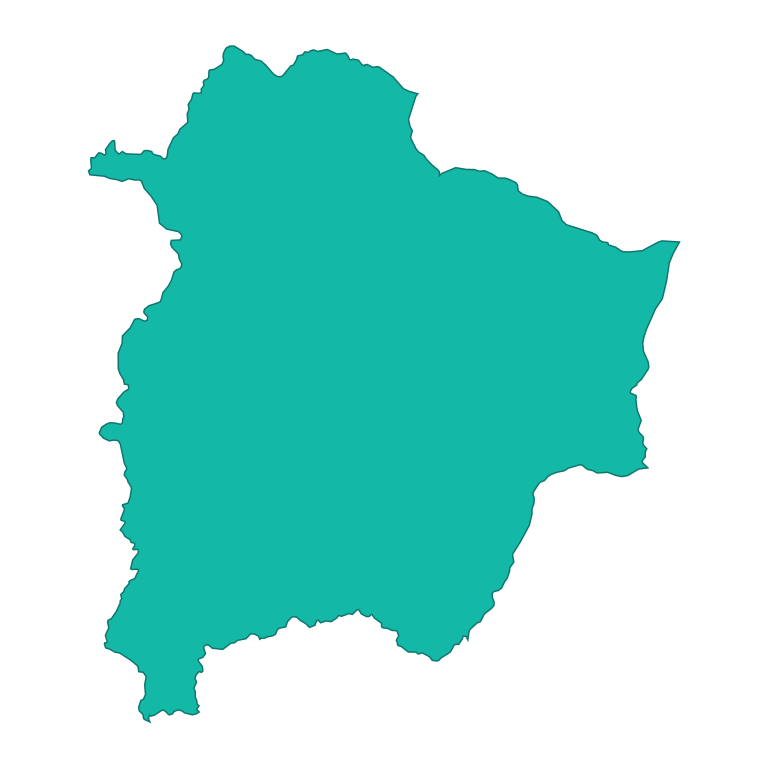 the district of Santa Helena Del Opón, Santander, Colombia
{"feature_id": "7082276B2871746800234", "entity_name": "Santa Helena Del Opón", "entity_type": "district", "adm_level": 2, "iso_a3": "COL", "parent_name": "Colombia", "parent_adm1": "Santander", "projection": "mercator", "projection_center": [-73.601, 6.405], "detail": "fine", "context": "isolated", "style": "filled", "palette": "teal", "viewbox_px": 768, "rotation_deg": 0, "n_neighbors": 0, "source": "geoboundaries", "source_scale": "gbopen_adm2", "svg_char_len": 6058}
<svg xmlns="http://www.w3.org/2000/svg" viewBox="0 0 768 768"><path d="M679.5,242.0L662.0,240.9L658.5,242.0L642.2,250.7L628.8,252.0L623.6,251.8L621.2,251.0L615.6,247.2L608.5,244.9L608.0,243.0L607.1,242.5L602.4,241.9L599.5,240.1L597.5,236.2L596.0,234.8L592.3,232.9L566.5,224.8L562.1,220.8L558.6,211.9L547.7,201.6L536.6,197.2L527.9,196.1L522.4,194.1L518.2,190.8L517.5,184.9L515.9,182.7L509.2,179.4L505.5,178.2L498.0,178.0L492.0,174.0L484.8,170.8L479.1,171.2L474.6,169.6L466.0,169.4L455.7,167.7L441.9,173.4L439.5,175.6L439.4,171.9L438.0,170.0L432.2,165.2L426.0,158.7L424.1,155.5L418.6,152.0L415.9,148.6L410.9,138.5L410.7,136.6L412.3,130.8L410.0,126.4L408.5,119.3L415.7,96.6L417.8,93.8L408.9,91.3L403.4,88.7L393.2,77.0L379.3,67.1L377.5,66.6L372.8,67.3L367.3,64.5L365.1,64.7L364.4,65.9L361.6,64.4L358.5,60.2L353.0,59.1L351.3,59.8L349.5,59.5L348.3,56.5L345.6,53.0L337.1,54.1L327.2,49.5L317.7,51.4L313.6,49.9L310.4,50.8L308.8,52.3L304.8,51.9L302.5,54.8L297.5,56.0L296.5,59.7L293.5,65.0L290.8,65.9L282.3,76.2L279.3,76.8L277.1,76.4L273.5,74.1L265.5,64.9L260.8,60.9L254.7,59.3L251.3,55.4L248.1,54.2L246.0,54.5L243.4,51.8L234.3,46.1L229.6,46.1L229.0,47.1L227.6,47.0L225.6,48.8L223.5,53.2L223.0,56.7L223.7,60.6L222.0,64.3L214.7,69.1L209.5,70.1L209.0,70.8L208.7,77.3L207.5,79.0L204.5,80.2L203.3,81.6L203.9,85.7L201.2,89.0L201.4,92.7L199.3,93.3L193.9,92.9L192.9,93.8L191.5,99.4L188.2,104.4L189.0,109.3L187.2,114.0L187.8,121.1L187.3,122.8L179.8,129.3L177.9,133.9L173.3,138.0L168.0,149.4L167.1,156.4L165.9,158.5L163.2,158.9L160.5,156.2L154.2,154.6L152.6,153.7L151.8,151.6L147.7,150.5L144.2,150.7L140.9,154.4L126.1,153.9L122.3,151.5L119.4,153.8L118.4,153.7L115.1,150.2L114.6,141.2L113.9,140.5L112.3,140.9L110.1,143.1L105.5,149.6L106.1,153.3L104.8,155.2L100.6,153.0L98.6,152.9L94.7,157.8L91.1,157.7L90.7,159.9L91.4,167.2L91.2,168.6L88.5,170.9L89.9,174.8L104.2,176.2L109.7,178.4L117.2,179.7L122.2,181.4L128.7,178.7L134.6,180.0L139.3,179.9L141.3,181.0L144.4,188.6L150.8,195.8L157.1,205.3L159.5,223.2L166.7,229.1L178.4,231.6L180.9,233.9L182.0,236.2L180.4,239.9L171.3,240.4L170.5,243.9L172.0,247.3L178.5,254.0L179.2,259.0L181.7,263.8L181.3,266.7L179.8,268.6L176.4,269.9L174.0,272.0L171.1,281.1L167.8,286.8L163.1,292.3L161.0,300.1L159.7,302.2L149.0,305.7L144.5,309.2L143.8,311.8L144.2,313.1L147.8,317.0L147.1,320.4L144.6,321.2L138.6,318.6L135.5,319.0L134.4,319.8L130.4,327.6L122.4,336.0L122.2,343.1L118.2,353.1L118.3,368.8L119.9,373.5L123.5,379.7L124.4,384.2L128.1,384.6L128.6,387.3L128.6,389.1L123.8,392.1L117.9,398.8L116.4,402.7L117.6,405.6L123.4,412.4L123.7,417.0L122.7,419.0L122.4,423.0L120.6,424.3L113.4,422.8L109.8,422.8L106.6,424.0L101.7,427.2L99.3,432.7L99.9,434.4L103.5,438.2L109.4,440.9L113.2,440.1L117.0,440.4L118.6,441.2L120.4,444.3L124.3,463.2L126.9,468.7L124.7,472.2L124.3,475.2L127.3,479.2L128.0,481.9L131.2,487.0L131.4,489.2L130.3,496.5L128.0,503.1L122.7,504.7L122.4,505.8L124.3,508.5L124.1,510.4L120.8,519.0L121.1,520.2L125.0,521.6L124.9,523.3L120.2,529.9L122.8,532.4L124.9,536.4L130.0,539.6L131.2,542.5L133.9,542.9L134.7,543.8L134.6,545.9L132.8,548.6L133.3,549.7L137.1,549.3L138.1,549.9L138.4,551.6L137.9,553.5L132.7,559.9L130.6,568.8L132.1,569.5L137.3,569.2L138.5,569.7L138.3,571.1L134.7,578.6L130.1,580.5L128.9,581.9L129.3,583.4L124.6,588.7L123.7,591.7L120.8,594.5L121.7,598.9L120.2,600.9L120.1,603.3L116.3,611.5L111.4,618.7L108.1,620.2L107.6,622.1L108.8,627.9L105.4,635.3L107.2,641.9L106.4,642.8L104.7,642.9L104.4,644.0L105.7,647.9L109.2,648.9L115.1,652.2L119.4,652.9L130.2,659.8L137.2,665.5L138.1,667.1L138.7,671.7L143.2,672.3L145.7,675.8L146.2,676.8L144.7,684.7L145.5,694.6L143.3,699.4L140.9,700.4L138.6,707.4L139.2,710.8L143.1,714.5L143.4,717.8L144.3,719.4L149.9,721.9L148.5,718.7L149.4,715.3L151.1,716.1L154.4,715.1L162.5,709.9L165.3,711.1L168.5,714.5L169.8,714.8L172.6,713.8L174.0,711.5L178.3,709.9L181.6,710.7L184.7,712.9L192.3,714.8L196.2,713.9L199.2,712.0L196.6,709.4L199.0,705.8L197.2,704.4L196.7,700.3L195.2,697.2L195.4,691.6L193.8,688.4L196.6,682.0L195.0,678.6L196.0,675.0L198.9,671.6L201.6,672.3L202.8,671.1L202.4,666.6L198.4,661.1L198.2,659.2L202.8,657.4L205.5,653.7L203.7,647.8L204.0,646.4L206.4,644.6L209.4,645.6L212.2,648.2L222.7,649.4L230.7,643.3L234.7,642.7L237.4,640.4L246.0,638.7L250.8,633.7L254.7,634.2L258.5,636.1L259.8,639.3L261.3,638.2L265.0,638.1L266.6,637.1L273.1,635.6L275.4,634.3L277.4,629.7L279.0,628.3L285.8,626.8L287.4,621.7L291.4,617.4L293.4,616.6L297.1,617.4L299.9,620.2L305.8,623.7L309.5,627.4L314.9,625.3L316.6,620.8L318.1,620.1L320.6,622.8L326.2,620.9L331.1,621.7L336.8,617.9L338.7,615.4L341.4,616.3L348.8,613.6L352.4,614.4L357.1,609.8L358.7,609.5L361.3,613.9L366.6,616.6L368.9,616.6L371.5,614.4L372.4,615.0L374.6,618.2L381.5,623.2L381.6,626.8L383.0,627.9L387.6,628.3L391.9,630.4L396.9,630.8L398.7,635.8L396.3,640.3L397.4,642.6L397.5,644.9L398.5,645.7L401.2,646.5L408.3,652.0L416.0,652.1L418.2,654.0L422.2,652.9L429.6,656.8L432.2,660.3L436.6,661.0L438.6,660.5L441.1,657.9L449.4,652.7L451.1,650.9L454.0,645.3L455.2,644.4L458.8,644.3L462.1,639.2L463.1,636.3L465.3,636.2L466.4,637.0L467.8,639.9L469.1,631.0L470.2,629.2L477.3,622.8L480.4,621.7L484.3,614.0L491.7,608.2L494.0,605.3L494.1,602.0L492.3,597.4L492.2,593.2L494.0,591.5L498.6,590.4L501.7,587.9L504.3,582.3L507.2,578.2L509.6,571.3L509.7,567.9L513.8,562.1L512.5,554.3L520.3,541.9L529.3,525.3L532.0,513.9L532.0,508.7L533.9,503.6L534.2,497.9L533.0,494.8L533.2,492.3L539.6,482.5L544.5,480.5L547.5,476.9L551.2,474.4L556.7,472.3L564.5,470.7L568.1,468.2L579.6,464.8L582.0,465.1L587.3,469.3L592.8,470.6L597.2,473.0L607.7,472.3L615.9,475.4L621.9,476.6L627.9,475.5L638.7,469.0L647.8,467.9L642.3,462.5L642.1,460.7L645.3,456.9L645.2,451.9L646.8,448.8L643.4,445.1L642.8,443.0L643.5,438.9L643.1,436.7L639.1,432.4L637.9,429.7L641.2,420.4L637.7,411.7L636.7,406.9L635.9,399.1L636.4,396.9L635.9,395.4L630.5,393.1L630.3,391.4L631.9,388.5L636.6,385.1L637.4,382.7L641.3,379.5L648.1,369.3L648.8,366.8L648.2,362.1L643.5,351.4L642.7,343.4L643.8,337.4L646.3,329.6L655.6,308.6L662.3,298.8L666.5,281.2L669.3,262.8L673.5,252.8L679.5,242.0Z" fill="#14b8a6" stroke="#0f766e" stroke-width="1.5"/></svg>